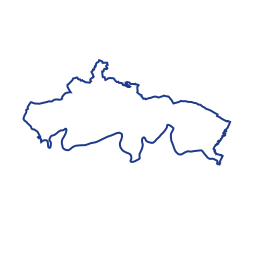 the district of My Duc, Ha Noi, Vietnam, rotated 120°
{"feature_id": "81297802B48632704069528", "entity_name": "My Duc", "entity_type": "district", "adm_level": 2, "iso_a3": "VNM", "parent_name": "Vietnam", "parent_adm1": "Ha Noi", "projection": "mercator", "projection_center": [105.721, 20.697], "detail": "fine", "context": "isolated", "style": "outline", "palette": "blue", "viewbox_px": 256, "rotation_deg": 120, "n_neighbors": 0, "source": "geoboundaries", "source_scale": "gbopen_adm2", "svg_char_len": 5748}
<svg xmlns="http://www.w3.org/2000/svg" viewBox="0 0 256 256"><g transform="rotate(120 128 128)"><path d="M71.5,57.2L71.6,61.6L71.5,64.3L71.7,66.8L72.3,69.8L72.3,70.6L72.0,71.3L72.2,73.9L71.8,76.1L71.8,77.0L71.8,77.5L72.6,78.7L72.4,79.9L72.4,81.3L73.2,83.3L73.7,85.8L74.3,87.1L74.8,87.9L75.5,89.6L75.8,91.1L77.1,93.5L77.7,94.4L78.0,95.6L78.2,95.8L80.0,96.9L84.0,100.9L82.3,103.8L80.5,108.5L81.5,111.1L82.0,113.1L82.2,113.3L82.9,113.6L84.1,114.8L85.8,116.2L86.1,116.6L86.5,117.3L86.8,119.3L87.4,120.5L89.0,122.2L90.7,123.5L91.7,124.8L94.3,127.1L94.0,127.8L94.1,128.2L95.0,129.3L95.0,129.5L94.3,130.7L93.7,132.5L92.9,132.6L93.1,135.0L92.6,137.7L92.5,137.9L91.1,138.1L89.8,139.2L87.7,140.5L85.6,140.2L85.5,140.5L85.7,141.5L86.3,142.9L86.0,143.7L86.3,144.0L86.7,144.2L88.1,147.1L88.7,147.9L87.9,149.5L88.7,151.8L89.5,151.5L90.0,152.7L90.8,152.3L90.6,151.6L91.3,151.6L91.3,149.8L90.8,149.8L91.1,146.8L91.7,147.1L92.5,148.5L92.6,151.8L92.8,152.7L93.2,153.5L93.3,154.0L93.1,154.3L92.5,154.7L92.1,155.0L92.5,156.7L93.0,157.7L93.4,158.3L92.8,159.6L93.7,160.5L93.8,160.9L93.6,161.8L93.0,163.5L92.3,164.7L92.2,165.1L92.5,166.1L93.0,166.9L93.5,168.3L93.9,168.9L94.4,169.3L94.7,169.9L96.2,170.5L97.7,171.6L95.7,173.6L96.5,175.2L94.0,177.3L92.1,178.5L91.9,178.6L91.4,177.6L91.2,177.5L89.4,178.1L89.1,178.1L88.6,178.0L88.1,177.2L87.8,176.0L87.1,175.7L86.5,175.8L85.9,177.2L85.4,177.9L83.9,177.7L83.4,177.2L81.9,178.7L83.5,181.4L84.1,182.1L84.2,182.8L83.7,183.1L83.2,183.7L83.4,184.6L83.5,185.9L83.7,186.9L85.1,186.6L85.7,186.7L86.9,187.6L88.7,187.7L89.9,187.1L91.0,187.6L91.4,187.4L91.6,187.0L91.6,186.9L92.9,187.3L93.8,186.7L94.3,186.6L94.5,186.7L94.7,186.8L95.0,187.6L96.1,187.3L96.6,187.3L97.6,187.7L97.9,187.5L98.3,187.1L98.8,185.8L100.5,183.7L100.7,184.0L101.5,183.5L103.8,184.8L104.9,184.9L105.6,184.5L106.0,183.4L106.8,183.7L107.8,183.7L109.7,187.9L109.7,188.6L109.5,189.6L109.8,190.5L109.5,191.6L110.2,192.1L110.6,192.6L110.4,193.1L110.0,193.6L109.9,193.9L110.6,195.2L110.6,195.6L109.9,196.7L109.7,197.1L109.7,197.4L110.6,198.3L111.4,198.9L111.7,199.4L112.1,199.7L112.6,200.3L114.5,200.1L119.6,201.4L120.8,202.0L122.6,201.0L125.1,196.8L125.7,195.5L126.1,196.3L127.3,197.6L128.2,198.8L129.5,199.7L131.6,200.3L134.2,200.5L135.6,199.7L137.0,200.5L137.4,200.9L137.9,201.7L138.6,203.4L139.6,205.1L140.8,206.2L142.9,207.1L143.9,208.5L144.1,209.3L144.7,210.1L145.7,210.9L151.5,217.1L152.2,218.9L153.1,220.2L153.6,221.9L154.1,224.8L154.2,225.0L155.4,225.2L159.9,225.4L160.3,225.3L161.4,224.2L161.7,224.2L163.0,225.1L163.4,225.2L164.4,224.3L165.8,223.9L168.9,223.9L170.2,223.6L172.1,223.2L172.5,222.9L173.1,221.9L173.3,221.1L173.5,219.3L174.1,217.4L175.2,212.9L176.7,211.2L176.8,210.7L176.8,210.0L176.1,208.3L176.4,206.5L176.3,205.4L176.5,204.4L179.4,199.8L180.0,200.0L180.4,201.1L181.0,201.4L181.5,200.1L180.4,199.0L181.4,197.7L182.3,197.2L182.2,197.0L182.5,196.7L182.7,196.9L183.6,196.1L181.6,195.4L180.3,194.2L179.6,192.9L179.5,192.1L179.6,191.5L179.8,191.0L180.9,190.0L183.2,188.4L184.3,187.5L184.4,187.1L184.5,186.0L184.3,185.8L183.0,185.7L180.7,186.6L179.1,187.6L178.5,188.6L178.0,189.8L177.3,190.3L175.8,190.6L174.0,190.6L173.1,190.4L172.7,190.1L171.3,188.7L170.3,188.0L168.0,187.0L166.4,186.5L164.5,185.6L163.8,185.0L163.0,183.8L162.2,183.0L161.5,182.5L160.0,181.9L159.7,181.2L160.5,180.3L161.6,179.8L163.8,179.3L167.4,179.1L170.4,179.2L171.7,178.9L173.3,178.3L174.2,177.7L177.2,175.1L177.8,174.2L178.1,173.2L178.2,171.7L178.0,171.0L177.5,169.4L177.2,168.8L176.6,168.2L175.2,167.5L172.0,166.3L169.7,164.6L168.7,163.3L166.5,160.2L164.8,157.3L164.3,156.6L162.4,154.8L159.9,152.8L156.6,149.0L155.4,148.0L153.6,146.7L145.8,141.4L142.6,138.6L138.1,135.2L136.9,133.8L136.5,133.1L136.3,132.3L136.3,130.5L136.9,129.9L138.1,129.0L140.2,128.3L141.5,128.0L144.1,127.7L145.4,127.3L146.9,126.4L148.3,125.1L148.7,124.5L149.8,122.4L150.2,120.8L150.2,118.3L149.6,113.7L149.8,112.7L150.5,111.5L151.7,110.4L153.1,109.7L155.0,109.5L155.4,109.3L155.7,108.8L155.7,108.3L155.2,107.3L154.0,105.9L153.5,105.5L149.0,102.7L148.7,102.7L148.3,102.8L145.9,104.4L144.7,105.0L139.9,105.4L138.2,105.7L136.9,106.1L135.3,106.7L132.1,109.5L130.5,110.2L129.5,110.2L128.3,109.7L128.1,109.2L128.1,108.8L128.6,107.8L129.8,106.2L130.1,105.3L130.1,103.9L129.2,100.3L128.7,99.5L128.0,98.8L126.0,98.0L123.6,97.6L120.2,96.5L117.0,96.0L114.9,95.3L110.9,94.7L108.3,94.6L105.9,95.4L105.3,95.1L105.1,94.8L104.8,92.9L104.9,92.0L105.2,89.4L105.5,88.6L106.3,88.2L106.6,88.1L110.2,88.0L111.8,87.8L115.0,85.9L117.1,84.3L117.7,83.8L118.3,82.8L122.8,77.5L124.1,75.8L124.9,73.9L125.4,71.8L125.4,70.9L125.0,69.8L124.3,68.7L123.5,68.1L120.5,66.4L118.6,64.9L117.9,63.8L116.9,61.5L115.4,59.8L112.4,55.8L110.8,53.5L110.7,53.0L110.8,52.1L112.6,47.8L113.0,46.3L113.7,44.8L113.9,43.5L113.9,42.2L113.7,41.4L112.4,39.6L112.2,39.0L112.0,38.2L111.8,35.6L111.8,34.5L112.1,34.0L112.8,33.5L114.1,33.2L114.4,32.8L114.5,32.5L114.4,32.1L113.9,30.6L112.3,30.6L112.0,31.6L105.0,32.0L105.2,33.0L104.9,33.1L104.7,33.5L105.7,36.2L106.0,37.8L106.6,38.5L106.3,38.7L106.0,39.1L106.0,39.9L105.8,40.0L105.5,39.9L105.2,40.3L105.2,41.0L105.2,41.3L103.7,41.5L103.6,42.0L103.8,42.5L103.5,43.3L103.2,43.5L101.1,43.7L99.0,43.6L98.7,43.1L97.4,43.2L97.3,42.2L94.5,42.1L94.7,43.3L93.9,43.3L93.8,42.3L93.4,42.2L93.2,42.0L92.9,41.8L91.3,41.8L91.1,41.9L91.1,42.1L90.9,42.1L90.7,41.8L89.8,41.8L88.8,41.6L88.5,41.7L88.2,42.2L88.0,42.3L87.7,42.3L86.9,40.9L85.7,40.3L85.5,40.5L86.0,41.2L86.0,41.9L85.8,41.9L85.3,40.9L84.7,40.9L85.1,41.8L85.2,42.4L84.9,42.9L84.6,43.0L83.6,42.8L82.6,41.7L81.8,41.3L81.5,41.5L82.2,42.1L82.5,42.4L82.5,42.7L82.3,42.9L81.5,43.0L79.9,42.3L77.7,41.8L76.4,42.1L74.9,42.1L71.7,42.6L72.1,45.4L72.2,45.5L72.8,45.6L73.0,48.0L73.1,52.0L72.9,53.3L72.9,55.4L73.1,56.9L71.5,57.2Z" fill="none" stroke="#1e3a8a" stroke-width="2"/></g></svg>